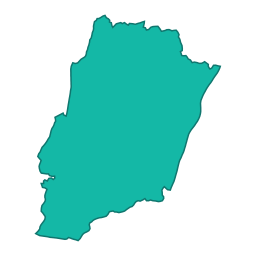 Rio dos Bois, Tocantins, Brazil (orthographic projection)
{"feature_id": "56859067B30920938893313", "entity_name": "Rio dos Bois", "entity_type": "district", "adm_level": 2, "iso_a3": "BRA", "parent_name": "Brazil", "parent_adm1": "Tocantins", "projection": "orthographic", "projection_center": [-48.454, -9.239], "detail": "fine", "context": "isolated", "style": "filled", "palette": "teal", "viewbox_px": 256, "rotation_deg": 0, "n_neighbors": 0, "source": "geoboundaries", "source_scale": "gbopen_adm2", "svg_char_len": 3683}
<svg xmlns="http://www.w3.org/2000/svg" viewBox="0 0 256 256"><path d="M55.0,117.3L55.5,119.4L55.6,121.3L54.6,122.8L54.1,124.6L53.3,126.4L52.0,128.4L51.1,130.8L50.5,133.5L49.7,136.8L48.2,139.0L46.9,141.3L45.4,143.5L43.7,145.6L42.1,147.3L41.1,149.5L40.2,151.8L38.7,153.9L37.8,156.5L39.4,158.5L41.1,160.4L40.3,162.8L39.6,164.4L39.1,166.4L39.4,168.6L40.1,171.2L41.3,173.1L43.8,173.5L46.6,173.9L48.5,173.9L49.5,175.6L52.3,176.4L54.6,176.2L54.8,178.1L53.2,179.5L51.3,178.0L48.9,178.4L47.3,181.0L44.8,179.9L43.6,181.0L43.6,183.5L41.2,183.5L41.8,185.3L42.5,187.4L45.0,187.9L47.0,189.3L46.0,191.8L45.4,193.6L44.9,195.4L44.9,197.3L45.4,199.1L45.1,201.2L43.6,203.5L42.0,205.5L41.4,208.1L41.2,211.2L42.8,213.0L43.9,214.6L45.3,216.7L44.9,219.3L43.7,221.3L42.3,223.1L40.9,225.0L40.0,226.9L39.7,229.0L38.0,231.3L35.7,233.6L39.7,235.6L47.5,236.7L50.1,237.3L53.4,237.6L56.9,238.0L65.0,239.3L66.8,239.0L68.6,237.5L70.5,238.1L72.2,238.8L74.2,239.4L76.0,239.8L78.1,240.6L80.1,238.6L81.5,236.3L82.6,234.5L84.3,233.0L86.9,231.8L88.9,230.6L90.0,228.7L89.7,226.5L89.2,224.8L89.7,223.0L91.7,221.8L92.9,220.5L94.5,219.5L96.4,218.7L99.1,217.8L101.6,217.5L103.9,216.9L106.2,216.2L107.9,214.4L109.4,211.7L111.5,211.3L113.1,211.0L114.7,212.0L116.5,212.0L118.9,212.6L121.1,212.1L122.8,211.7L124.7,211.0L126.6,209.5L128.3,208.3L130.1,207.1L132.1,206.5L133.7,204.9L134.6,203.3L136.1,201.6L138.0,200.7L140.2,201.1L143.0,199.8L144.9,198.6L146.5,200.7L148.7,200.7L150.5,200.0L152.7,200.7L155.7,201.0L158.3,201.6L160.1,201.4L162.4,200.7L163.7,198.5L163.6,196.7L162.3,195.1L162.2,192.6L161.9,190.1L162.9,188.3L164.3,186.7L165.9,188.2L167.5,189.7L170.3,190.1L171.1,187.8L172.0,185.7L173.0,183.4L173.9,181.5L174.4,179.9L175.1,177.6L175.8,175.0L176.4,173.0L177.0,170.9L177.5,168.7L178.0,166.5L178.5,164.5L179.0,162.5L179.7,160.3L181.0,157.8L182.2,154.8L183.4,152.3L184.1,150.3L184.6,148.4L185.4,146.0L185.9,143.9L186.5,141.9L187.0,139.9L187.7,137.5L188.7,134.1L189.8,132.0L191.2,129.8L193.0,127.5L194.5,125.6L195.9,123.4L197.4,121.3L198.7,118.8L199.7,116.4L200.4,113.7L200.7,111.6L200.7,109.8L200.7,107.8L200.6,105.8L200.5,103.3L200.9,100.5L202.0,97.7L203.0,95.3L204.0,93.3L205.1,91.4L206.3,89.1L207.6,87.0L209.3,84.5L210.8,82.6L212.3,80.3L213.3,78.6L214.5,76.8L215.8,75.0L217.3,72.9L218.6,70.5L219.7,68.1L220.3,66.3L218.1,65.9L215.7,65.2L213.5,65.3L211.8,68.0L210.0,69.0L208.9,67.6L208.2,66.1L208.3,64.4L206.4,63.0L204.6,61.7L203.2,62.6L201.6,63.3L199.2,63.4L197.0,62.6L194.4,62.1L192.1,62.6L190.4,60.0L188.1,58.9L187.3,57.3L185.9,55.6L183.5,55.8L181.7,55.5L181.1,53.4L180.4,51.6L182.2,50.6L182.3,48.6L182.0,45.6L180.6,42.5L179.8,39.2L178.4,37.0L179.0,34.6L177.8,32.2L176.2,30.2L173.9,30.4L171.9,30.8L169.2,29.6L166.9,29.7L165.1,30.5L163.5,30.9L161.4,31.3L159.8,28.7L157.9,26.3L155.2,26.4L152.8,26.6L150.8,27.3L148.7,29.5L146.4,30.0L145.4,27.8L143.3,27.2L143.8,25.1L144.2,23.4L144.4,21.4L142.4,22.0L140.1,22.9L138.0,23.4L135.3,24.3L133.0,23.8L131.1,23.6L129.4,23.5L128.3,25.1L126.5,24.2L124.5,22.6L122.2,23.6L120.8,22.6L118.9,23.1L116.3,23.8L114.7,25.5L112.8,27.4L111.9,25.7L111.3,22.7L109.5,22.1L109.7,20.3L108.3,18.8L106.3,17.7L105.0,15.4L102.9,16.1L100.8,17.5L98.9,18.5L97.1,18.6L96.3,20.4L94.5,21.6L94.0,23.8L93.5,26.2L93.6,28.4L93.3,30.4L92.4,32.5L91.9,35.2L91.2,38.0L89.8,39.9L89.5,42.4L88.9,44.9L88.0,47.3L87.5,49.7L86.5,51.9L86.3,53.9L85.7,55.8L84.6,57.1L82.9,58.1L80.9,59.4L79.1,61.4L77.6,63.0L75.2,63.5L72.8,62.8L71.3,66.2L70.8,69.1L70.9,72.8L70.9,75.6L71.0,77.6L71.0,80.2L71.1,82.2L71.1,83.9L71.2,86.0L71.1,87.8L70.5,91.0L70.3,93.0L69.9,95.5L69.3,98.8L68.8,101.9L68.3,104.7L67.9,107.4L67.5,110.0L66.8,113.7L66.1,116.1L63.8,115.0L63.1,113.1L55.0,117.3Z" fill="#14b8a6" stroke="#0f766e" stroke-width="1.5"/></svg>